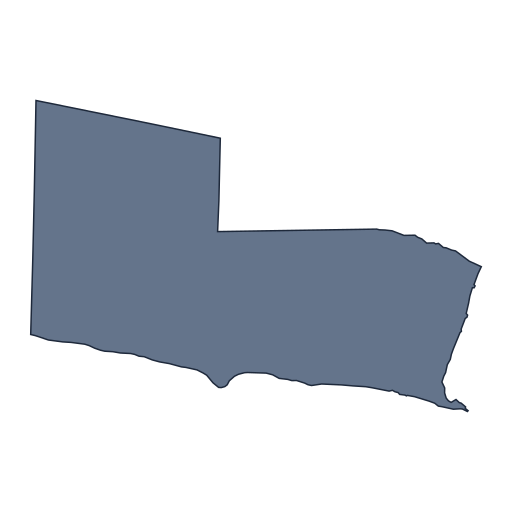 Aleipata itupa i Luga, Atua, Samoa (Robinson projection)
{"feature_id": "51752279B27667429376440", "entity_name": "Aleipata itupa i Luga", "entity_type": "district", "adm_level": 2, "iso_a3": "WSM", "parent_name": "Samoa", "parent_adm1": "Atua", "projection": "robinson", "projection_center": [-171.453, -14.031], "detail": "fine", "context": "isolated", "style": "filled", "palette": "slate", "viewbox_px": 512, "rotation_deg": 0, "n_neighbors": 0, "source": "geoboundaries", "source_scale": "gbopen_adm2", "svg_char_len": 1608}
<svg xmlns="http://www.w3.org/2000/svg" viewBox="0 0 512 512"><path d="M30.7,334.5L35.3,335.6L48.4,340.0L62.7,341.9L71.0,342.4L84.8,344.2L89.2,345.6L94.7,348.2L100.4,350.2L104.7,351.2L112.9,351.7L120.4,353.0L130.6,353.5L134.7,354.4L139.0,356.2L144.2,356.7L152.2,359.9L159.6,361.9L169.4,363.6L181.5,366.9L185.8,367.4L197.0,369.9L203.1,373.0L206.7,375.2L213.0,382.8L218.6,387.4L221.2,387.6L224.8,386.6L227.2,384.8L229.3,380.8L234.4,376.3L238.4,374.3L244.5,372.7L247.5,372.5L266.2,373.1L272.7,374.8L279.2,378.4L287.8,379.4L291.8,380.6L296.5,380.5L304.7,383.1L307.9,384.7L311.5,385.5L321.7,384.0L341.5,384.9L353.0,385.9L365.8,386.7L372.4,387.8L389.1,391.1L392.5,390.3L394.8,391.7L398.2,392.6L399.6,394.4L405.0,395.1L406.4,395.9L407.4,395.4L414.6,396.7L429.0,401.1L434.7,403.2L438.3,406.1L442.0,406.7L453.3,409.2L460.1,408.8L462.4,409.0L467.4,411.5L468.1,410.7L465.2,408.3L465.6,406.9L461.1,403.1L459.3,402.6L456.0,399.5L451.1,402.4L448.4,400.8L446.2,398.1L444.6,392.9L444.7,388.0L441.9,382.0L443.8,376.1L445.6,372.6L447.3,364.7L450.3,359.4L451.4,354.2L453.4,348.7L460.0,332.6L461.4,331.4L461.2,329.0L465.2,318.5L467.0,317.2L467.6,315.1L466.2,313.5L468.6,303.1L469.9,295.9L472.4,287.7L474.1,287.8L475.1,285.9L474.0,284.6L478.0,273.7L481.3,266.7L469.3,261.2L455.5,250.9L451.7,250.1L446.1,247.8L443.3,247.5L438.5,243.4L435.6,243.9L434.0,242.9L426.6,243.1L421.8,238.9L417.7,237.3L415.0,235.2L404.0,235.4L392.1,230.8L384.9,230.0L379.4,229.8L376.7,229.1L217.6,231.6L218.9,200.7L219.6,168.6L220.3,138.2L153.5,124.3L36.0,100.5L34.3,191.9L32.8,258.1L30.7,334.5Z" fill="#64748b" stroke="#1e293b" stroke-width="1.5"/></svg>